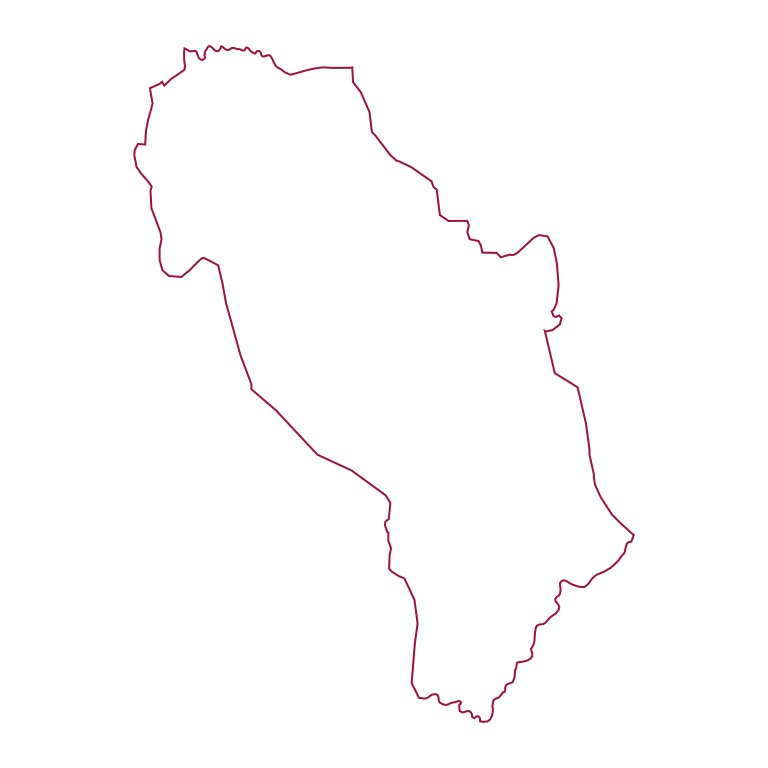 Ar Rujum, Al Mahwit, Yemen (Robinson projection)
{"feature_id": "15242507B44353652125997", "entity_name": "Ar Rujum", "entity_type": "district", "adm_level": 2, "iso_a3": "YEM", "parent_name": "Yemen", "parent_adm1": "Al Mahwit", "projection": "robinson", "projection_center": [43.673, 15.406], "detail": "fine", "context": "isolated", "style": "outline", "palette": "rose", "viewbox_px": 768, "rotation_deg": 0, "n_neighbors": 0, "source": "geoboundaries", "source_scale": "gbopen_adm2", "svg_char_len": 5431}
<svg xmlns="http://www.w3.org/2000/svg" viewBox="0 0 768 768"><path d="M184.5,48.4L184.1,52.0L184.1,57.2L184.4,61.9L185.0,66.2L184.5,69.4L184.5,69.7L175.6,76.0L171.0,79.0L164.3,85.6L162.0,81.8L159.7,83.9L149.9,88.2L152.6,103.6L148.1,119.9L146.1,130.0L145.7,134.6L145.2,144.5L137.9,144.0L134.7,150.2L134.3,155.3L136.2,165.1L136.4,166.7L141.0,173.4L148.2,181.6L151.7,186.5L150.5,190.9L151.4,208.1L160.5,232.4L161.5,239.1L159.6,248.7L159.6,256.3L159.7,260.4L162.4,270.2L165.4,272.8L169.0,276.0L169.7,276.1L181.4,276.9L189.3,270.5L197.6,262.1L201.5,258.5L203.8,257.8L218.2,265.3L222.5,283.5L226.1,303.5L229.7,316.2L240.5,355.4L251.4,384.1L251.3,389.1L254.4,391.8L276.4,410.7L282.6,417.4L317.3,454.6L351.9,470.7L385.7,495.4L390.3,502.8L389.5,511.8L388.7,519.2L386.3,520.8L385.2,522.2L385.0,525.3L387.2,531.8L388.4,532.8L388.3,540.4L388.6,541.3L391.2,548.7L390.8,549.3L389.6,555.3L389.1,568.8L391.9,571.7L398.8,576.1L404.5,578.5L414.4,599.8L414.5,600.0L417.6,623.6L415.2,640.7L414.9,642.9L411.7,682.5L411.9,683.3L412.3,684.4L416.0,691.8L419.0,697.9L421.0,698.0L423.4,698.5L425.5,698.5L427.7,697.7L429.4,696.4L431.2,695.1L433.6,694.3L435.8,694.2L437.7,695.2L438.6,697.7L438.7,700.0L439.4,702.3L441.3,703.5L443.3,704.5L446.0,704.9L448.2,704.4L450.3,703.3L452.9,702.5L455.1,702.2L457.4,701.3L459.4,700.9L461.1,702.4L460.4,704.1L460.2,704.1L459.5,704.2L459.2,704.9L459.3,706.5L459.4,709.4L460.0,711.1L460.0,711.3L461.6,711.9L462.7,712.5L464.6,712.0L466.9,711.2L468.9,711.0L470.8,712.3L472.0,714.3L472.1,716.9L474.5,718.2L476.0,716.7L477.0,716.3L478.3,716.4L478.8,716.8L479.6,717.7L480.0,718.9L480.1,720.0L480.1,721.0L480.1,721.3L481.9,721.6L482.1,721.5L483.0,721.8L483.3,721.9L485.1,721.6L487.3,721.5L489.9,719.7L492.0,715.7L492.8,711.9L492.8,707.9L492.3,706.3L493.4,700.6L494.9,699.0L498.5,697.6L499.3,697.1L500.5,695.6L502.3,693.4L502.8,692.3L504.6,692.0L505.2,689.6L505.2,687.2L506.3,684.8L508.5,683.7L510.5,683.1L512.5,682.3L513.5,680.1L514.4,678.1L514.7,675.8L514.9,673.5L515.0,670.8L514.9,670.7L516.2,667.9L516.6,665.8L516.9,662.9L518.0,662.3L520.4,662.0L522.4,661.7L524.7,661.3L527.2,660.5L529.3,659.4L531.1,658.0L532.2,656.0L532.3,653.5L531.5,651.2L531.0,648.9L532.3,646.7L533.5,644.6L534.3,642.2L534.5,639.9L534.6,637.7L534.8,635.2L535.1,632.5L535.4,630.2L535.5,629.3L535.8,627.8L537.0,625.6L539.1,624.6L541.2,624.3L543.2,624.1L545.2,622.9L547.0,621.1L548.5,619.2L550.0,617.6L551.8,616.2L553.8,614.8L555.7,613.6L557.3,611.6L558.8,609.5L559.3,606.9L558.2,604.5L556.9,602.8L555.5,601.1L555.3,598.8L556.7,597.0L558.6,595.9L559.9,593.9L560.5,590.9L560.5,588.1L560.0,585.5L560.0,583.3L561.3,581.3L563.2,580.4L565.4,580.6L567.6,581.8L569.7,583.2L571.6,584.2L574.1,585.2L576.1,585.8L578.1,586.5L580.5,586.9L582.5,587.1L584.7,586.9L586.9,585.2L589.0,583.1L590.3,581.1L591.9,578.9L593.5,577.2L595.5,575.6L597.6,574.3L599.6,573.6L601.5,572.8L603.6,571.9L604.7,571.3L605.7,570.7L607.5,569.6L608.0,569.3L610.0,568.3L612.0,566.5L613.7,565.2L614.4,564.5L615.4,563.5L616.9,562.0L617.1,561.8L617.3,561.6L619.1,559.6L620.4,557.6L621.8,555.6L623.1,554.4L623.9,553.7L624.9,551.5L624.9,551.4L625.4,548.7L625.9,546.9L626.1,546.1L626.8,543.8L628.8,542.1L631.0,541.8L631.7,540.6L631.8,540.4L632.2,539.5L633.0,537.2L633.6,535.0L633.7,534.9L631.2,532.9L621.4,524.0L611.9,514.5L600.7,497.2L595.0,484.6L593.9,477.4L593.8,474.0L589.5,454.7L589.4,448.7L585.9,423.2L577.6,387.4L573.4,384.6L554.8,373.2L544.9,331.0L545.6,331.5L552.4,330.1L559.8,324.5L561.6,318.3L559.1,315.5L556.0,317.0L553.6,316.3L551.7,311.5L553.7,309.8L556.6,303.4L558.6,285.0L556.8,262.9L553.8,248.3L547.6,236.4L538.9,235.1L538.1,235.5L533.5,237.9L525.6,245.3L517.6,252.7L513.9,254.9L511.3,255.0L510.0,254.6L500.7,257.2L496.7,252.9L482.3,252.6L481.0,245.6L478.5,241.0L469.8,239.2L467.3,232.4L468.9,225.0L467.2,220.9L458.5,220.9L448.6,221.0L439.9,215.1L439.0,208.1L436.8,189.7L433.5,186.9L431.6,181.4L411.0,167.0L399.1,161.4L396.3,160.5L390.3,155.1L386.9,150.6L375.8,136.1L371.9,132.0L369.5,112.1L361.3,93.4L361.0,92.5L357.3,87.6L356.4,86.5L353.6,82.8L353.0,82.2L352.3,67.5L350.7,67.8L347.1,67.8L339.1,67.9L333.1,67.9L323.4,67.4L318.6,67.8L313.5,68.7L306.2,70.4L305.8,70.5L303.0,71.3L290.9,74.7L288.8,74.1L287.1,73.2L285.2,72.5L283.4,71.2L281.4,69.6L279.6,68.6L278.0,67.7L276.2,66.3L275.1,65.1L273.7,62.0L272.6,59.5L272.3,59.0L271.4,57.3L270.7,56.2L269.8,55.4L268.8,55.3L267.5,55.3L266.4,55.7L265.2,56.2L264.9,56.3L263.8,56.5L262.9,56.5L262.3,56.0L261.9,55.7L261.1,54.4L261.0,54.2L260.9,53.2L260.3,52.1L259.9,51.6L259.6,51.4L258.9,50.9L258.1,50.9L257.3,51.0L257.0,51.3L255.9,52.4L255.4,53.5L254.1,53.4L252.5,52.4L250.8,51.1L249.8,50.2L249.3,49.4L248.6,48.6L247.9,48.0L247.4,47.7L246.8,47.5L246.4,47.5L245.9,48.0L245.4,48.9L244.9,49.8L244.3,50.4L243.9,50.5L243.1,50.5L241.6,50.2L240.6,49.5L239.5,49.1L238.6,49.1L237.7,49.1L236.7,49.1L235.7,48.5L234.7,48.2L233.0,48.0L232.1,48.0L231.2,48.2L230.5,48.8L229.9,49.2L229.7,49.4L228.8,50.0L227.9,50.1L226.7,49.9L225.2,49.0L224.0,48.1L223.0,47.3L222.3,46.7L221.5,46.4L220.9,46.6L220.7,47.3L220.5,48.4L219.5,49.7L219.0,50.4L218.7,50.7L218.0,51.2L216.9,51.2L216.7,51.2L215.3,50.8L214.4,49.8L213.5,49.2L212.8,48.1L211.6,47.3L210.5,46.6L209.6,46.1L209.0,46.1L208.6,46.3L208.4,46.4L207.4,47.9L206.6,49.3L205.5,50.7L204.9,52.1L204.7,53.1L204.9,53.8L204.4,55.1L205.1,57.5L204.2,58.8L202.8,59.8L201.0,59.8L198.9,58.1L197.2,54.0L196.5,51.6L194.9,50.8L190.9,51.4L188.9,50.9L187.5,50.0L185.7,48.8L184.5,48.4Z" fill="none" stroke="#9f1239" stroke-width="2"/></svg>